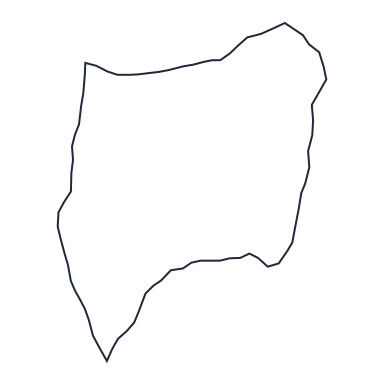 Pinhais, Paraná, Brazil (Equal Earth projection)
{"feature_id": "56859067B39205088025150", "entity_name": "Pinhais", "entity_type": "district", "adm_level": 2, "iso_a3": "BRA", "parent_name": "Brazil", "parent_adm1": "Paraná", "projection": "equal_earth", "projection_center": [-49.159, -25.426], "detail": "fine", "context": "isolated", "style": "outline", "palette": "slate", "viewbox_px": 384, "rotation_deg": 0, "n_neighbors": 0, "source": "geoboundaries", "source_scale": "gbopen_adm2", "svg_char_len": 1034}
<svg xmlns="http://www.w3.org/2000/svg" viewBox="0 0 384 384"><path d="M85.3,62.9L84.8,74.8L83.3,93.2L81.1,106.3L79.0,124.4L75.0,134.6L72.0,146.3L73.0,160.0L71.4,172.7L70.9,191.5L63.6,202.8L58.5,212.3L57.7,226.6L60.8,239.5L64.6,253.6L67.9,264.7L70.9,281.1L75.0,290.6L79.8,299.2L84.8,308.7L88.8,319.8L92.9,335.5L99.3,347.5L106.9,361.0L112.4,348.6L118.0,338.8L126.9,330.9L134.2,322.5L138.7,311.6L145.5,293.5L153.6,285.5L161.2,280.4L170.9,270.2L182.8,268.5L191.4,262.7L200.3,260.7L209.3,260.7L219.8,260.7L229.6,258.3L240.2,257.9L249.4,253.6L258.0,257.9L267.8,266.7L278.7,263.4L287.3,251.0L292.3,242.6L294.9,228.6L298.7,208.9L301.3,193.0L305.2,183.5L309.3,167.3L308.1,151.0L312.3,135.0L313.1,120.2L311.8,104.9L326.3,79.5L323.7,66.9L319.2,52.3L309.0,44.3L303.0,35.2L284.8,23.0L275.9,27.2L261.0,33.9L247.3,37.4L237.5,46.1L229.9,53.4L220.2,60.2L212.1,60.2L204.1,61.8L193.1,64.7L183.0,66.4L168.1,70.2L158.2,72.0L148.6,73.1L138.0,74.4L129.7,74.8L117.5,74.8L107.4,71.5L96.3,65.8L85.3,62.9Z" fill="none" stroke="#1e293b" stroke-width="2"/></svg>